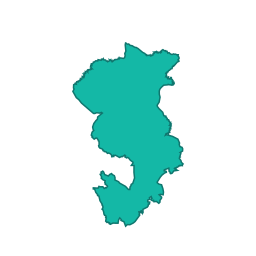 Fao Rai, Nong Khai, Thailand, rotated 36°
{"feature_id": "78962969B41477512763413", "entity_name": "Fao Rai", "entity_type": "district", "adm_level": 2, "iso_a3": "THA", "parent_name": "Thailand", "parent_adm1": "Nong Khai", "projection": "albers", "projection_center": [103.294, 18.001], "detail": "fine", "context": "isolated", "style": "filled", "palette": "teal", "viewbox_px": 256, "rotation_deg": 36, "n_neighbors": 0, "source": "geoboundaries", "source_scale": "gbopen_adm2", "svg_char_len": 5844}
<svg xmlns="http://www.w3.org/2000/svg" viewBox="0 0 256 256"><g transform="rotate(36 128 128)"><path d="M189.7,187.4L187.9,185.0L190.1,180.7L190.1,179.2L189.2,177.6L190.0,176.9L189.2,175.2L187.3,176.1L186.6,175.2L186.4,174.5L187.5,172.7L186.3,171.8L187.0,169.8L188.8,170.9L188.5,172.1L189.0,172.6L190.7,172.4L191.2,171.5L192.3,172.4L194.2,170.7L197.2,170.8L197.4,169.1L196.4,167.9L196.4,165.2L195.9,164.2L192.4,163.7L193.1,162.6L195.7,161.4L194.4,159.0L191.9,156.6L188.5,154.2L186.1,155.2L183.9,155.1L183.4,154.7L183.0,148.7L183.2,146.0L184.1,142.8L185.1,141.3L184.5,140.6L182.4,141.4L182.0,140.4L184.6,136.5L186.9,139.0L188.2,139.0L188.9,139.9L189.5,139.8L190.3,138.5L190.3,135.8L192.9,133.2L191.0,133.4L190.6,132.7L189.9,133.6L189.3,133.4L189.7,132.4L190.5,131.9L190.6,130.8L191.2,130.5L191.4,128.6L192.2,128.3L192.0,127.7L194.1,126.5L193.5,125.7L193.7,124.7L191.4,124.4L189.9,123.2L187.5,122.5L187.1,121.7L187.3,120.8L186.7,120.8L185.8,117.7L185.4,117.1L184.6,117.2L185.7,114.6L184.5,112.7L183.1,111.9L180.9,112.5L178.9,111.0L178.6,109.9L174.9,107.7L169.0,108.6L163.0,110.8L162.5,111.8L162.1,110.2L163.1,108.9L164.1,108.8L163.4,107.7L164.3,107.0L163.3,106.1L163.3,105.5L162.9,105.7L162.5,104.5L162.9,103.8L162.3,103.9L162.5,103.4L161.9,103.2L162.1,102.0L161.6,101.4L160.6,101.5L161.3,100.8L160.3,100.5L160.8,100.1L160.6,99.3L159.8,99.5L159.4,98.8L159.2,99.4L158.0,98.4L156.9,98.4L156.8,97.9L156.0,97.5L154.7,98.2L154.1,97.2L152.4,96.9L152.0,96.4L151.7,96.8L151.4,96.3L149.7,97.0L146.9,94.9L141.6,94.1L139.3,93.4L138.2,92.5L138.0,88.8L135.8,84.2L133.5,82.3L131.7,79.9L131.0,78.2L131.0,75.9L131.7,72.4L135.0,69.5L134.9,69.1L136.2,68.6L136.0,68.1L136.3,68.4L137.9,67.8L138.4,67.4L138.2,67.0L139.1,66.8L139.3,65.0L138.7,64.4L138.6,65.4L137.9,65.1L137.7,65.5L137.2,65.0L137.5,64.5L136.8,64.3L137.2,63.9L136.5,63.2L133.5,62.4L133.4,61.8L133.0,61.8L132.9,62.5L133.7,63.2L133.0,63.2L132.8,63.9L132.3,63.8L131.3,64.8L130.9,64.6L131.2,64.0L130.7,62.9L129.6,64.1L129.0,63.8L128.5,64.2L128.5,63.1L128.0,63.1L127.3,61.5L126.5,61.6L126.5,60.9L127.1,60.8L126.7,59.5L127.3,59.3L127.1,57.6L127.7,56.9L127.8,55.2L128.7,54.1L127.9,52.2L128.5,51.4L128.1,50.8L128.7,50.4L129.1,45.7L130.0,44.1L129.2,43.4L128.4,43.5L128.4,41.7L127.6,40.8L126.2,40.4L125.6,39.2L124.3,40.2L123.2,40.2L122.2,41.1L121.4,41.2L120.4,42.7L118.8,43.2L116.9,42.9L116.2,44.0L114.4,43.0L113.6,43.8L113.0,43.3L112.1,44.1L110.2,44.1L109.6,45.6L110.2,46.6L109.6,46.5L109.3,47.0L110.0,48.1L108.7,48.4L108.3,49.6L107.5,49.9L107.5,49.3L107.0,49.7L106.7,49.1L106.7,49.8L106.4,49.2L106.0,49.3L106.2,50.2L105.5,50.2L104.6,51.1L105.2,51.0L105.3,51.9L104.9,51.8L105.1,52.5L104.6,53.0L105.3,54.1L104.6,54.8L104.8,55.1L104.3,55.4L104.3,56.1L103.9,56.4L103.5,56.0L103.5,56.5L102.5,56.4L101.3,57.8L100.0,57.8L100.1,58.4L97.8,57.8L95.5,58.2L89.2,57.8L87.0,58.1L86.3,58.7L83.0,59.0L81.1,59.9L79.2,59.6L78.3,60.5L76.6,60.7L75.8,60.1L76.9,62.4L81.1,67.1L81.6,69.6L83.2,71.2L83.9,73.1L83.5,74.3L80.3,76.0L80.2,77.1L79.5,76.6L79.6,77.1L79.2,77.4L79.8,78.2L79.4,78.0L79.0,78.9L77.6,79.9L77.4,80.6L77.0,80.6L76.4,83.6L76.1,83.8L75.4,82.9L75.2,83.4L74.6,83.5L73.9,82.8L73.5,83.8L72.9,83.8L73.6,84.4L72.6,86.3L72.0,85.9L71.2,86.6L69.9,86.2L68.4,87.1L67.4,86.5L67.5,87.1L66.6,87.4L66.7,88.2L66.1,88.2L66.3,89.1L63.6,90.3L64.1,91.5L62.4,92.6L61.9,94.6L61.4,94.9L61.7,95.2L61.3,96.9L60.2,98.1L61.3,97.7L61.9,98.5L61.0,98.6L61.0,99.0L61.8,100.7L62.4,100.4L63.1,101.1L63.5,100.6L63.4,101.1L64.1,101.2L63.2,101.8L63.6,102.2L62.8,102.6L63.1,103.2L61.8,104.0L62.1,104.7L61.2,104.7L61.1,105.5L62.1,106.3L61.4,106.2L61.0,107.2L60.3,107.4L61.1,108.4L60.5,109.1L61.3,109.1L60.9,109.6L61.1,110.2L60.5,110.5L61.7,110.8L61.5,111.6L62.3,111.9L62.5,112.8L61.7,112.2L61.7,113.2L60.7,113.2L61.9,115.7L61.5,116.2L60.5,116.1L60.9,117.2L61.5,117.1L61.6,117.6L60.7,118.4L60.6,119.9L60.1,119.5L59.3,120.8L59.7,121.8L59.1,122.7L60.2,123.1L59.2,123.6L58.6,124.9L60.4,127.7L61.5,128.2L61.9,130.8L68.3,133.8L71.6,134.0L75.8,135.2L91.5,136.5L92.6,135.8L93.6,134.1L96.3,132.6L97.3,131.0L98.5,131.0L97.0,136.9L98.1,138.9L97.7,140.8L97.7,144.4L98.8,148.0L100.8,149.8L101.7,150.0L101.4,152.5L102.5,155.4L104.1,155.6L104.1,156.5L107.2,156.9L108.0,154.9L108.8,154.5L110.9,155.2L111.5,155.8L112.3,155.7L114.5,158.5L114.6,159.6L115.8,160.5L117.4,160.8L118.9,160.2L120.6,160.3L121.0,161.0L122.2,160.7L122.7,161.0L124.2,160.2L126.3,160.6L126.9,159.7L128.9,159.2L130.4,159.5L131.8,160.8L132.5,160.1L132.0,159.7L132.2,158.9L132.8,159.4L133.2,159.3L132.7,158.1L133.0,158.4L133.7,157.5L134.5,157.3L138.5,156.8L139.4,154.9L140.1,154.8L141.3,151.8L142.5,152.0L142.5,153.2L144.5,153.0L144.9,152.1L146.1,151.9L148.9,152.7L151.9,152.7L152.6,153.3L152.7,156.3L154.9,154.8L158.9,160.4L162.7,164.6L164.4,170.0L163.7,171.8L164.3,172.8L164.3,174.4L165.6,176.7L164.4,177.5L160.3,176.7L153.5,177.5L152.0,177.0L148.0,177.7L146.7,175.8L145.0,174.6L142.7,174.9L141.5,174.5L140.5,176.3L140.3,178.4L136.5,179.4L134.1,177.9L132.9,177.7L132.1,179.6L133.5,180.2L132.7,181.8L135.5,183.1L135.8,184.3L138.2,184.6L140.5,184.1L141.3,185.8L142.3,186.1L142.4,186.8L145.3,186.9L145.8,187.4L145.5,189.4L144.9,189.4L144.3,190.9L142.2,190.3L140.1,191.9L138.8,192.3L139.1,194.3L135.1,196.8L135.7,197.7L137.0,197.1L139.8,199.0L142.9,199.9L143.1,200.5L144.5,200.2L148.1,203.3L152.0,204.9L152.1,205.5L153.6,206.0L154.6,207.3L154.7,208.9L155.5,208.8L157.5,210.1L159.3,211.9L160.2,212.0L160.4,212.4L161.7,212.1L162.3,212.6L162.6,213.6L163.2,213.5L163.6,214.2L164.7,216.5L166.5,216.8L167.0,215.9L167.9,216.1L168.5,215.6L169.1,215.7L169.2,216.4L170.3,216.3L171.7,213.8L175.9,210.9L174.4,207.8L174.2,205.6L176.5,206.1L176.7,206.9L179.8,206.2L183.8,208.8L184.2,206.6L186.4,205.1L188.1,201.8L188.7,199.5L188.7,191.7L187.9,191.5L187.9,190.8L186.3,189.5L188.4,188.8L188.0,188.1L187.1,188.0L187.5,187.2L189.5,188.3L189.1,187.5L189.7,187.4Z" fill="#14b8a6" stroke="#0f766e" stroke-width="1.5"/></g></svg>